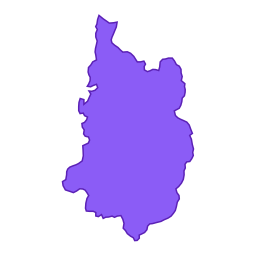 Itumirim, Minas Gerais, Brazil (Natural Earth projection)
{"feature_id": "56859067B44194563776168", "entity_name": "Itumirim", "entity_type": "district", "adm_level": 2, "iso_a3": "BRA", "parent_name": "Brazil", "parent_adm1": "Minas Gerais", "projection": "natural_earth1", "projection_center": [-44.831, -21.28], "detail": "fine", "context": "isolated", "style": "filled", "palette": "violet", "viewbox_px": 256, "rotation_deg": 0, "n_neighbors": 0, "source": "geoboundaries", "source_scale": "gbopen_adm2", "svg_char_len": 2376}
<svg xmlns="http://www.w3.org/2000/svg" viewBox="0 0 256 256"><path d="M99.0,15.4L97.6,19.5L96.9,24.1L95.7,26.6L97.3,29.5L95.8,33.2L95.8,37.0L97.2,41.0L96.4,44.7L95.5,48.4L95.1,52.0L95.8,55.1L96.5,59.9L92.7,61.9L90.9,64.9L88.5,67.5L88.1,72.0L88.9,74.8L90.2,77.3L90.1,80.6L88.7,84.0L87.3,86.3L90.6,86.8L93.2,85.5L96.5,84.3L97.7,87.7L95.0,90.3L91.8,91.3L89.0,91.0L90.8,94.0L89.4,97.1L87.6,101.2L83.9,104.3L83.9,99.6L80.2,98.5L79.0,102.4L78.7,106.6L78.7,110.7L80.1,113.6L83.2,113.1L84.6,115.7L87.5,117.0L86.6,119.8L84.5,122.4L81.9,123.5L82.3,127.1L84.2,129.9L83.6,133.9L85.2,136.2L88.5,137.0L89.6,140.1L88.3,143.1L82.8,145.7L83.1,150.5L83.3,155.9L82.2,160.9L78.6,163.5L76.0,164.8L72.8,165.9L69.7,167.2L67.7,169.1L66.7,171.7L66.6,174.8L65.8,179.6L62.5,181.6L63.1,185.7L65.4,189.9L70.0,191.4L73.4,192.6L76.6,191.0L79.7,188.8L82.8,189.0L85.1,190.1L86.8,192.4L88.7,195.6L87.0,198.4L85.9,203.1L85.5,208.2L86.3,211.0L89.4,211.3L93.3,211.3L95.8,212.5L95.8,216.0L98.4,216.6L101.5,214.6L103.2,218.4L105.7,217.2L108.6,217.0L112.1,216.1L114.5,217.3L117.2,216.1L120.9,215.6L122.8,219.2L124.0,223.4L123.2,228.2L125.5,230.6L127.3,233.6L130.6,236.2L133.3,237.7L134.7,240.6L137.2,240.4L139.3,238.2L139.2,235.1L141.8,233.9L144.6,232.5L146.9,229.7L147.6,226.1L149.7,223.9L152.5,223.6L156.6,222.5L161.0,221.4L164.2,219.7L168.0,218.1L171.1,216.1L173.4,213.3L175.3,210.5L176.4,206.5L177.3,202.1L179.3,198.9L179.0,195.5L176.9,192.6L175.9,188.9L178.8,186.4L181.5,183.0L183.3,179.4L184.1,174.9L184.0,170.8L185.3,168.0L185.0,164.3L186.7,161.9L189.8,161.5L191.8,158.6L193.3,155.5L192.7,152.4L193.5,149.0L192.3,144.5L191.4,139.3L189.7,135.4L192.4,133.4L190.8,129.4L189.2,125.0L186.8,122.1L183.4,120.5L180.4,119.2L177.8,117.8L175.4,115.5L174.3,110.9L176.7,109.6L179.2,108.3L180.8,105.3L181.8,101.7L182.2,98.1L184.4,95.8L185.1,92.4L185.2,89.5L184.5,86.7L184.9,83.7L181.3,80.6L182.2,76.5L181.1,73.0L181.0,69.3L179.3,66.2L176.4,64.6L174.5,61.0L172.3,58.1L168.4,58.1L165.4,59.0L162.6,59.3L160.2,61.9L159.7,66.9L158.7,70.5L155.7,69.6L152.8,69.4L150.0,70.8L147.4,71.6L144.4,69.9L144.2,66.5L145.5,64.1L143.9,61.1L140.4,61.9L137.3,61.9L135.8,59.6L133.8,56.4L130.6,53.3L127.4,51.8L122.8,52.1L120.5,50.1L118.0,47.5L114.6,45.2L111.9,42.8L111.2,39.9L112.0,37.2L113.4,34.0L114.9,30.3L116.3,27.0L117.1,22.1L113.4,22.8L109.3,23.1L106.5,21.1L103.3,18.9L99.0,15.4Z" fill="#8b5cf6" stroke="#5b21b6" stroke-width="1.5"/></svg>